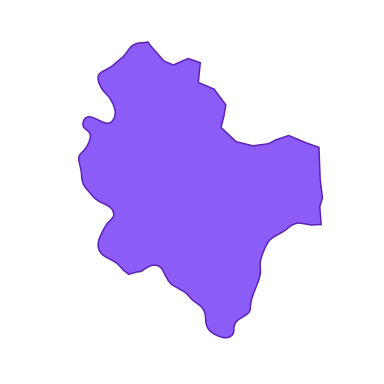 outline of Sabana Iglesia, La Vega, Dominican Republic, rotated 23°
{"feature_id": "3306468B1703224271200", "entity_name": "Sabana Iglesia", "entity_type": "district", "adm_level": 2, "iso_a3": "DOM", "parent_name": "Dominican Republic", "parent_adm1": "La Vega", "projection": "albers", "projection_center": [-70.716, 19.324], "detail": "fine", "context": "isolated", "style": "filled", "palette": "violet", "viewbox_px": 384, "rotation_deg": 23, "n_neighbors": 0, "source": "geoboundaries", "source_scale": "gbopen_adm2", "svg_char_len": 2353}
<svg xmlns="http://www.w3.org/2000/svg" viewBox="0 0 384 384"><g transform="rotate(23 192 192)"><path d="M323.6,171.5L315.3,155.5L314.4,146.5L305.0,130.2L291.4,101.3L277.7,102.2L259.0,102.2L248.8,111.2L243.7,117.6L230.0,125.7L213.0,128.4L193.4,121.2L191.7,109.5L189.1,98.6L172.1,88.7L155.0,88.7L149.1,69.7L136.3,70.6L125.2,82.4L115.0,82.4L96.2,73.3L92.7,71.0L91.7,72.0L84.3,75.9L82.1,77.8L80.2,80.0L79.5,81.3L78.4,84.2L76.6,91.9L75.6,94.8L72.1,101.4L69.4,107.1L67.6,109.7L61.8,117.0L60.6,119.7L60.4,121.2L60.5,122.7L61.8,125.5L63.7,127.9L66.0,130.1L68.6,132.1L71.4,133.8L78.7,137.1L81.5,139.0L85.4,142.3L87.7,144.8L89.7,147.5L90.4,149.0L91.3,152.1L91.4,155.1L90.8,158.0L90.2,159.4L89.2,160.6L87.9,161.5L86.4,162.0L83.4,162.5L73.6,162.2L70.4,162.3L68.9,162.6L67.5,163.1L66.2,164.0L65.3,165.2L64.7,166.5L64.4,167.8L64.5,170.6L65.5,173.1L66.3,174.1L68.5,175.4L72.0,176.4L74.2,177.3L75.3,178.1L76.1,179.2L77.2,181.8L77.7,186.4L77.4,191.1L76.4,195.6L74.9,199.3L74.2,201.8L74.1,203.1L74.3,204.5L75.5,207.2L82.0,216.3L84.8,221.8L86.4,224.4L88.4,226.7L90.6,228.6L93.3,230.2L97.5,232.2L102.7,234.9L105.5,236.0L110.3,237.0L118.3,237.4L121.4,237.8L124.3,238.7L125.5,239.4L127.5,241.3L128.9,243.6L129.2,244.9L129.1,246.2L128.4,248.6L126.4,253.6L125.7,256.9L125.1,262.2L124.8,269.3L125.0,272.8L125.7,276.2L127.1,279.2L129.0,281.6L131.4,283.5L134.3,284.8L137.4,285.4L147.0,286.3L150.1,286.8L153.1,287.8L159.8,290.9L165.9,292.5L171.9,287.6L176.2,285.0L179.9,279.3L181.8,277.0L184.0,275.0L186.7,273.7L188.2,273.3L189.8,273.2L191.3,273.4L192.9,273.8L195.4,275.2L199.9,279.1L204.7,282.8L207.3,284.2L208.9,284.8L212.0,285.5L221.7,286.6L224.9,287.1L227.8,288.1L234.5,291.2L243.6,293.4L246.6,294.6L249.0,296.2L252.0,299.4L253.4,302.0L255.3,306.0L258.0,309.6L260.3,311.5L263.1,313.0L267.9,314.1L271.2,314.3L274.4,314.2L277.6,313.8L279.1,313.4L280.5,312.8L282.9,311.1L284.5,308.9L285.0,307.7L285.3,306.4L284.9,304.0L283.7,300.7L283.1,298.1L283.1,295.3L283.5,293.8L284.8,291.0L290.1,283.6L291.3,281.0L291.6,279.6L291.4,277.0L289.7,272.0L288.7,267.2L288.3,262.0L287.9,247.8L287.3,242.6L286.5,239.3L283.3,232.6L282.2,229.7L281.6,226.5L281.2,223.2L281.0,216.5L281.4,209.9L282.1,206.6L282.7,205.1L284.3,202.1L292.3,191.6L295.2,186.1L296.8,183.6L299.9,180.4L302.4,178.9L303.9,178.3L314.5,175.8L322.5,172.0L323.6,171.5Z" fill="#8b5cf6" stroke="#5b21b6" stroke-width="1.5"/></g></svg>